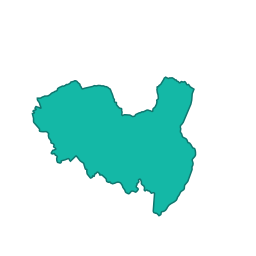 map outline of Mashonaland West (orthographic projection), rotated 135°
{"feature_id": "ZWE-533", "entity_name": "Mashonaland West", "entity_type": "Province", "adm_level": 1, "iso_a3": "ZWE", "parent_name": "Zimbabwe", "parent_adm1": "", "projection": "orthographic", "projection_center": [29.817, -17.238], "detail": "fine", "context": "isolated", "style": "filled", "palette": "teal", "viewbox_px": 256, "rotation_deg": 135, "n_neighbors": 0, "source": "natural_earth", "source_scale": "10m", "svg_char_len": 5903}
<svg xmlns="http://www.w3.org/2000/svg" viewBox="0 0 256 256"><g transform="rotate(135 128 128)"><path d="M144.9,42.8L147.2,43.0L151.5,44.2L153.7,44.5L155.7,44.2L157.7,43.6L159.7,43.3L161.7,43.8L163.0,44.7L163.6,44.9L164.4,44.7L165.6,43.8L166.0,43.6L167.3,43.8L168.1,44.1L168.0,44.7L168.0,46.8L168.2,47.6L168.8,48.3L169.5,50.0L169.3,50.7L168.9,51.4L155.7,62.8L155.4,63.1L155.5,63.9L155.8,64.3L156.4,64.8L157.4,65.2L157.6,65.5L157.6,66.0L157.4,67.8L157.6,68.6L158.3,69.5L158.4,70.5L158.7,71.0L159.1,71.3L160.2,71.3L160.4,71.5L160.5,71.8L160.5,72.3L160.3,72.8L159.0,73.7L158.7,73.9L158.1,74.9L157.8,75.8L158.1,77.8L158.0,79.0L157.7,79.5L157.1,79.9L156.5,80.6L155.6,82.6L155.6,83.2L155.7,83.5L156.2,83.7L156.7,83.9L157.3,83.9L157.6,83.5L158.0,82.7L158.3,82.4L158.8,82.2L159.4,82.1L160.8,82.4L161.0,82.3L161.5,81.7L161.9,81.5L163.3,81.1L163.8,80.5L164.0,80.0L163.7,78.3L163.9,77.8L164.2,77.4L164.8,77.2L166.6,77.0L167.6,77.1L167.9,77.2L168.1,77.5L168.9,79.6L170.0,80.7L170.4,80.9L173.3,80.7L174.0,81.0L174.4,81.7L175.0,83.5L175.0,84.6L174.1,86.5L173.9,88.0L173.6,89.7L172.9,90.9L172.5,92.1L172.1,94.3L172.2,94.8L172.3,95.1L173.3,96.9L174.3,97.4L175.0,97.9L176.1,98.2L178.3,99.4L179.1,101.3L179.2,101.7L178.9,102.5L180.1,103.3L180.6,104.3L180.8,105.2L180.7,105.5L180.5,106.0L179.6,107.2L179.4,108.2L179.6,112.8L179.7,113.2L180.0,113.6L180.8,114.3L181.2,114.8L181.2,115.0L180.4,115.5L180.5,117.1L180.6,118.2L181.0,118.6L181.6,118.6L183.1,118.5L183.8,118.9L184.1,118.9L185.6,118.0L186.1,117.8L186.4,118.0L186.6,118.9L186.8,119.1L187.0,119.1L187.9,118.5L188.5,118.5L189.6,118.9L189.9,119.1L189.9,119.4L189.4,124.1L189.2,124.6L188.4,125.7L187.8,126.5L186.6,127.6L186.5,127.8L186.5,128.1L187.1,128.7L187.1,129.3L185.2,132.9L184.5,134.0L184.3,134.6L184.9,137.6L185.0,138.5L185.0,139.2L184.4,143.5L184.4,144.8L184.8,145.1L192.2,145.2L192.2,145.4L192.1,146.3L191.6,147.7L191.6,148.2L191.8,148.5L192.2,148.8L195.0,150.0L198.3,151.9L198.6,151.9L199.5,151.0L199.8,150.9L200.8,151.2L202.1,153.5L201.5,155.1L200.1,156.8L199.5,157.2L198.5,157.5L198.3,157.8L198.2,158.1L198.1,159.1L198.5,160.0L198.5,160.6L198.2,161.3L198.1,161.8L198.2,162.1L199.6,162.9L199.8,163.2L200.0,163.6L200.2,164.1L200.1,164.3L199.9,164.6L198.3,165.1L196.9,165.4L196.0,164.8L194.2,164.1L193.9,164.2L193.7,164.5L193.6,165.2L193.6,165.7L193.9,166.8L193.9,167.1L193.8,167.4L193.5,167.6L192.4,168.1L192.1,168.7L192.0,169.3L192.1,170.0L192.9,171.8L192.8,172.1L192.7,172.3L191.8,173.1L191.6,173.6L191.1,175.2L191.0,175.5L191.2,176.1L191.1,176.5L190.8,177.2L190.0,178.5L189.5,179.1L189.1,179.5L188.4,179.8L188.0,180.3L188.1,182.5L188.2,183.0L188.7,183.6L190.8,185.5L192.1,187.1L192.4,187.5L192.7,188.3L192.4,188.9L191.6,189.5L191.3,189.9L191.2,190.4L190.7,198.1L190.6,198.7L190.4,199.1L190.0,199.6L187.9,201.7L185.6,205.6L185.4,205.8L185.0,205.4L184.9,205.3L183.8,205.0L183.3,205.1L183.2,205.7L183.4,206.7L183.2,207.1L182.3,207.1L181.4,206.5L180.0,206.1L179.8,206.2L179.8,206.4L180.0,207.4L179.8,207.6L179.4,207.9L178.4,208.2L177.8,208.2L177.0,206.3L176.6,205.8L176.0,204.0L175.6,203.7L175.4,203.7L175.0,204.3L172.8,208.6L172.3,211.5L171.9,212.3L171.0,213.2L168.9,211.1L167.8,210.7L166.7,210.5L165.6,209.9L164.4,209.5L162.6,207.8L162.0,207.4L161.3,207.1L159.6,206.7L158.0,206.7L156.7,206.5L155.3,205.8L154.0,205.6L152.3,204.8L151.9,204.7L150.8,205.0L149.9,205.6L149.7,205.6L147.8,205.2L145.9,204.4L144.8,204.1L144.6,203.9L144.2,203.2L143.8,203.0L143.3,202.9L142.2,202.4L141.1,202.4L140.8,202.3L140.1,201.5L139.4,201.2L138.6,200.9L137.1,200.6L136.1,200.9L135.6,200.7L133.6,199.5L132.2,199.0L131.9,198.7L131.5,198.1L131.2,197.3L131.2,196.7L131.3,195.7L131.1,192.9L131.4,192.5L131.9,191.8L132.0,190.7L132.6,188.7L132.7,188.1L132.5,187.8L132.2,187.6L130.4,186.7L123.5,182.3L122.2,181.9L121.8,181.7L120.7,180.2L118.9,179.1L117.6,177.7L116.9,176.4L115.6,175.2L115.3,174.7L115.2,173.8L114.3,172.8L113.9,172.2L113.8,171.6L113.5,170.9L113.5,169.7L113.1,168.4L113.2,168.0L113.4,167.6L113.5,166.8L114.0,166.1L115.3,162.8L115.8,161.9L116.2,161.0L117.1,159.7L117.5,157.8L118.8,156.5L119.1,155.7L119.0,155.4L118.3,154.6L118.3,154.0L119.3,153.1L119.7,152.5L119.8,151.9L119.9,150.6L120.0,149.3L119.9,147.8L119.1,146.9L118.9,146.3L119.0,146.0L119.3,145.6L120.1,145.0L120.8,143.7L121.1,143.3L122.4,142.4L122.7,142.1L123.2,141.0L123.1,140.7L122.7,140.5L121.8,140.2L121.0,139.8L117.6,135.9L117.3,135.2L116.9,133.5L116.6,132.8L116.2,132.5L115.1,131.7L114.4,131.7L113.4,132.0L112.8,132.0L109.4,130.8L108.3,130.0L106.9,129.7L105.5,128.5L102.0,127.3L101.6,127.0L101.0,126.2L100.7,125.4L100.0,124.3L99.6,123.1L99.0,122.5L98.8,122.4L98.5,122.5L96.8,123.8L96.0,123.9L94.7,123.7L93.7,123.8L91.0,124.7L89.1,126.0L88.8,126.3L88.4,127.0L88.0,127.3L87.5,127.4L86.5,127.2L86.1,127.3L85.7,127.4L85.3,127.8L83.3,130.2L82.3,132.2L80.4,134.7L79.2,135.5L78.6,136.3L78.4,136.4L78.1,136.4L77.2,135.7L76.9,135.7L76.4,136.0L76.0,136.1L74.1,135.7L73.3,135.9L68.3,137.1L67.7,137.4L67.0,137.6L65.4,137.3L64.7,135.0L64.5,134.7L64.2,134.3L63.4,134.1L62.8,133.7L62.4,133.1L61.4,132.4L61.2,132.1L60.7,130.2L60.7,128.9L60.0,127.9L60.0,127.6L60.2,127.0L60.2,126.5L59.8,125.6L59.6,125.0L59.8,123.7L59.4,123.3L58.9,123.1L57.8,123.2L57.4,123.1L57.2,122.8L56.6,121.5L56.3,121.3L55.6,121.0L55.2,120.8L55.0,120.3L55.1,119.2L55.7,117.3L55.7,116.9L55.4,116.5L54.6,116.1L54.4,115.9L54.9,113.1L53.9,108.8L58.4,106.8L63.3,102.6L66.7,100.4L84.9,93.0L87.3,92.6L88.7,92.6L89.4,92.5L90.8,91.1L91.2,90.2L93.2,88.7L93.9,87.9L94.2,86.0L95.6,83.5L95.6,82.3L94.8,80.1L94.6,79.2L94.7,78.1L95.9,75.3L95.1,73.8L95.3,71.7L96.0,69.5L96.2,67.7L95.6,66.8L95.5,66.3L95.7,65.7L96.5,64.3L97.6,62.9L99.3,61.2L100.3,60.8L101.3,60.6L103.6,60.5L104.8,60.3L105.5,59.7L106.6,57.6L107.0,57.0L107.8,56.3L108.8,55.7L109.8,55.5L110.3,55.2L112.1,53.3L123.2,48.1L124.0,47.9L128.3,47.5L129.2,46.9L131.1,45.3L132.3,45.0L135.4,45.6L136.6,45.4L139.5,44.4L141.7,44.1L143.8,43.1L144.9,42.8Z" fill="#14b8a6" stroke="#0f766e" stroke-width="1.5"/></g></svg>